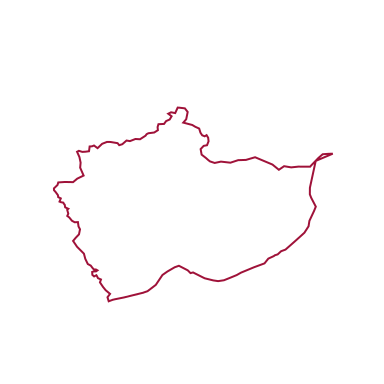 Sykopetra, Limassol, Cyprus (Mercator projection), rotated 141°
{"feature_id": "46923920B4019761469053", "entity_name": "Sykopetra", "entity_type": "district", "adm_level": 2, "iso_a3": "CYP", "parent_name": "Cyprus", "parent_adm1": "Limassol", "projection": "mercator", "projection_center": [33.109, 34.881], "detail": "fine", "context": "isolated", "style": "outline", "palette": "rose", "viewbox_px": 384, "rotation_deg": 141, "n_neighbors": 0, "source": "geoboundaries", "source_scale": "gbopen_adm2", "svg_char_len": 2288}
<svg xmlns="http://www.w3.org/2000/svg" viewBox="0 0 384 384"><g transform="rotate(141 192 192)"><path d="M292.8,144.3L289.0,142.9L278.6,142.6L267.2,146.1L261.2,145.7L252.8,144.4L248.6,142.9L244.6,133.8L244.2,129.9L241.8,128.8L237.2,118.6L236.4,116.9L231.1,109.9L227.8,106.3L222.7,103.3L215.9,101.2L209.5,99.3L204.7,98.5L200.0,97.1L191.2,94.5L180.6,90.9L174.6,92.2L168.7,90.7L167.5,90.7L164.7,89.6L160.0,89.9L155.6,88.4L141.4,89.0L130.3,89.6L123.0,92.0L118.9,95.7L109.2,100.4L105.0,102.7L103.0,112.5L101.9,116.0L97.7,121.1L76.3,138.3L58.5,133.2L61.8,135.7L63.8,137.1L66.7,139.1L72.3,138.9L82.9,137.6L84.2,137.3L93.4,144.8L99.4,148.7L104.2,154.1L110.5,154.6L112.2,162.7L121.1,179.3L129.9,183.0L136.1,187.7L143.7,190.6L150.4,197.4L156.1,200.3L158.8,204.5L159.3,206.8L159.8,209.8L161.0,215.0L158.3,219.9L153.9,220.5L150.9,218.9L147.2,221.0L145.3,224.0L144.9,227.0L147.1,227.3L148.4,229.7L148.1,232.8L146.5,236.8L148.4,240.6L149.6,243.9L155.1,251.4L150.7,252.2L145.0,256.9L144.9,261.5L148.7,265.4L149.9,266.5L150.0,266.6L155.4,263.9L158.1,267.1L161.2,267.8L160.2,263.7L163.7,262.4L167.5,263.4L170.9,262.5L175.4,265.8L177.9,264.1L179.6,261.5L183.9,262.0L188.9,265.1L190.9,265.5L192.7,265.0L199.2,265.7L202.6,268.8L208.2,270.6L210.5,273.2L216.1,273.0L219.1,274.2L219.1,276.8L223.9,282.2L226.5,284.4L231.5,286.0L237.8,285.5L238.9,289.8L240.9,290.4L242.9,291.8L245.3,289.5L246.4,288.5L249.5,290.4L252.0,292.2L254.0,295.2L256.0,295.6L257.5,290.0L260.1,284.9L263.6,281.3L265.9,273.0L272.8,274.6L278.2,274.5L284.5,279.8L289.9,283.6L292.1,282.1L297.0,281.7L298.1,280.3L298.1,279.9L298.0,277.8L298.2,273.9L299.2,272.2L298.0,269.6L301.0,267.9L300.3,266.6L298.7,264.7L299.0,263.5L298.9,262.3L300.2,259.9L298.7,256.8L300.2,256.7L301.8,253.0L304.0,251.9L303.4,249.5L303.4,245.2L302.2,242.3L299.6,240.4L301.9,236.6L302.5,233.5L306.5,230.2L311.2,229.6L315.2,228.8L315.8,221.8L314.8,212.1L317.0,207.2L318.3,201.6L317.0,198.5L317.1,196.2L317.1,195.1L317.0,193.6L315.4,192.2L314.8,190.6L316.5,190.7L318.5,192.2L319.9,192.7L321.6,190.3L321.2,188.0L318.7,187.5L318.8,186.5L319.3,184.2L317.8,181.3L320.4,179.7L320.9,174.1L320.9,170.0L319.8,164.4L323.9,163.4L325.5,159.5L321.1,158.0L321.0,157.9L319.7,157.3L311.5,153.0L311.3,152.9L293.0,144.3L292.8,144.3Z" fill="none" stroke="#9f1239" stroke-width="2"/></g></svg>